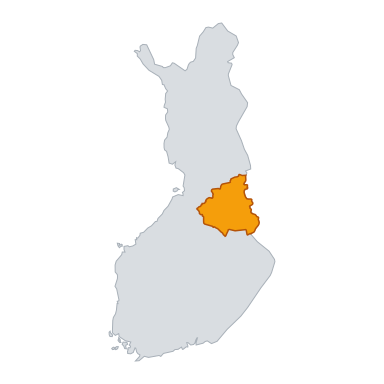 Finland, with Kainuu highlighted
{"feature_id": "FIN-3179", "entity_name": "Kainuu", "entity_type": "Province", "adm_level": 1, "iso_a3": "FIN", "parent_name": "Finland", "parent_adm1": "", "projection": "albers", "projection_center": [28.501, 64.601], "detail": "fine", "context": "in_parent", "style": "filled", "palette": "amber", "viewbox_px": 384, "rotation_deg": 0, "n_neighbors": 0, "source": "natural_earth", "source_scale": "10m", "svg_char_len": 6571}
<svg xmlns="http://www.w3.org/2000/svg" viewBox="0 0 384 384"><path d="M169.1,163.1L168.1,156.9L166.6,151.4L164.6,149.9L164.1,147.7L164.0,143.5L164.6,140.1L167.1,137.1L167.8,132.8L169.3,129.4L168.8,127.1L165.8,120.5L165.5,118.5L165.6,115.0L167.7,112.0L167.4,108.8L164.0,107.3L164.3,105.3L165.5,102.2L165.2,99.4L165.7,93.5L167.6,91.0L165.7,88.7L164.0,84.8L162.4,84.5L161.7,80.3L159.0,76.4L149.0,70.3L143.1,64.0L140.2,59.0L137.3,56.1L137.3,53.6L134.3,51.3L135.1,50.3L137.6,50.6L139.6,51.8L140.5,50.6L140.0,47.0L140.3,46.1L142.9,44.4L146.7,44.8L153.7,59.6L154.6,64.2L162.5,66.5L163.3,67.6L165.5,67.6L170.4,65.8L172.4,62.8L174.1,63.2L185.1,70.8L187.0,69.3L188.3,65.2L189.3,63.4L190.7,62.1L193.3,61.4L195.6,58.0L196.2,48.3L197.3,45.6L199.6,36.1L203.2,31.9L205.9,27.6L208.4,27.1L212.8,28.1L218.3,23.6L221.7,23.0L227.7,31.0L236.2,36.0L238.5,42.6L237.4,45.3L232.8,52.5L232.7,54.5L234.3,57.7L227.6,61.6L228.1,62.7L231.6,63.2L232.1,64.6L228.4,73.9L228.3,75.5L231.0,85.5L239.3,89.7L241.6,94.1L247.6,102.7L247.1,106.7L238.4,121.9L236.4,126.1L236.1,128.8L241.5,140.8L244.4,149.3L247.7,155.4L250.5,165.5L250.7,169.0L245.5,171.0L246.9,172.9L245.7,176.1L245.6,180.7L244.2,183.6L244.5,184.5L247.1,185.1L247.3,187.1L247.1,188.3L244.5,190.6L244.3,193.0L245.8,197.1L247.0,198.5L251.1,199.7L251.7,200.8L251.9,203.7L250.0,206.6L250.1,207.8L252.0,213.0L257.6,217.2L258.3,220.4L258.3,222.5L258.0,224.4L253.9,231.8L250.8,234.2L257.3,241.7L269.1,251.2L274.5,259.4L274.9,261.7L271.6,272.5L270.2,275.5L261.0,287.7L247.7,307.4L240.8,316.2L227.2,329.3L217.1,341.3L211.5,343.6L207.3,340.9L205.2,341.5L203.1,343.2L196.1,345.0L196.0,343.0L197.5,337.8L196.9,337.9L195.7,340.3L194.9,343.1L193.6,344.5L190.7,345.0L188.0,342.6L186.7,342.6L187.9,346.0L187.8,347.0L186.3,346.8L183.1,349.3L182.4,349.3L181.5,347.1L178.1,349.3L174.9,349.6L173.0,351.3L163.5,353.4L160.8,356.4L159.1,355.5L148.5,357.4L144.3,356.3L139.1,360.7L135.4,361.0L139.6,356.4L139.9,354.8L138.0,353.8L136.7,352.0L135.7,348.1L135.0,347.9L133.3,352.4L130.7,353.8L127.7,353.5L127.5,351.4L128.2,349.6L127.7,349.2L128.3,347.7L129.9,347.8L130.4,347.0L130.5,346.1L129.3,345.2L130.8,342.0L125.5,340.8L119.2,336.6L118.7,333.6L115.3,335.4L112.6,332.9L112.4,331.5L112.8,320.4L113.4,317.4L115.5,313.9L116.4,310.3L117.1,303.5L118.0,303.6L117.2,301.3L118.7,300.9L119.0,300.1L116.7,289.0L115.0,286.3L117.4,278.7L117.5,276.9L117.4,274.7L115.2,272.0L115.1,265.0L116.2,261.2L121.7,254.7L122.3,252.0L125.0,252.1L124.0,249.5L124.0,246.4L127.9,245.7L129.3,246.8L132.7,246.0L135.9,244.1L135.2,239.7L136.8,239.7L136.4,238.7L136.6,237.6L137.7,238.2L139.9,235.4L140.2,233.2L143.6,232.3L147.8,228.0L151.5,225.8L155.4,221.5L157.0,221.4L158.0,218.4L162.3,214.0L164.0,210.4L168.0,206.3L172.0,199.1L172.6,197.0L178.2,194.6L183.1,195.6L183.0,193.7L182.4,192.5L184.5,190.7L184.2,187.7L183.1,186.1L184.9,175.0L183.6,172.7L178.2,168.6L176.0,168.1L174.9,165.1L175.7,161.7L172.5,164.2L169.1,163.1ZM123.1,342.1L126.9,342.4L127.7,344.3L125.9,345.2L125.7,346.6L126.4,348.8L124.7,348.6L123.8,346.1L122.1,344.3L123.1,342.1ZM177.1,190.9L174.9,191.9L173.2,191.1L173.3,189.0L176.4,187.7L179.3,189.4L177.7,189.8L177.1,190.9ZM119.6,243.5L119.3,245.3L121.5,244.2L122.3,244.8L122.0,246.4L121.3,246.0L119.4,247.7L118.0,245.9L117.3,243.2L119.6,243.5ZM112.6,335.1L112.2,336.6L110.0,336.5L109.2,334.8L109.1,332.2L110.1,331.2L110.4,332.6L112.6,335.1ZM120.9,342.5L119.7,342.5L118.2,340.7L118.0,340.0L118.7,339.7L118.6,337.8L119.8,338.9L120.4,340.2L119.7,340.4L120.9,342.5ZM117.6,348.7L115.8,349.7L115.2,349.3L115.5,347.4L116.6,346.6L118.3,346.7L117.6,348.7ZM114.0,349.4L112.5,349.6L111.7,348.5L113.3,347.2L114.3,347.4L114.5,348.4L114.0,349.4Z" fill="#d9dde1" stroke="#a8b0b8" stroke-width="1"/><path d="M245.8,175.3L245.7,175.5L245.6,176.7L245.8,179.7L245.7,180.9L244.3,182.9L243.8,184.1L244.5,184.8L246.4,184.7L247.4,185.0L247.5,186.3L247.4,186.6L247.2,186.8L247.1,187.1L247.1,187.4L247.3,187.7L247.5,187.7L247.7,187.8L247.6,188.3L247.3,188.8L245.1,189.3L244.6,189.9L244.2,190.8L244.1,192.3L244.8,195.1L245.7,197.3L246.9,198.8L248.3,199.1L251.0,199.0L251.5,199.3L251.8,199.6L251.8,199.8L251.7,200.0L251.7,200.4L251.7,200.8L251.6,201.0L251.8,201.5L252.0,201.8L252.6,202.4L252.8,203.1L252.8,203.7L252.5,204.3L252.1,204.7L249.7,206.0L249.6,206.3L249.8,206.5L249.8,207.1L249.9,207.4L250.0,207.7L250.0,207.8L250.0,208.0L250.1,208.4L250.8,208.8L251.3,209.5L251.2,210.3L250.9,211.1L250.8,212.0L251.1,212.6L251.7,213.2L252.8,213.8L255.1,214.5L255.8,215.1L256.2,215.7L256.6,216.3L257.0,216.7L257.8,216.9L258.3,217.2L258.6,217.7L258.5,218.4L258.3,219.1L258.3,219.6L258.5,220.2L258.8,220.8L259.2,222.2L259.1,223.3L258.8,224.3L258.2,225.4L255.6,228.6L254.7,230.9L253.8,232.2L251.6,233.2L250.9,233.8L250.8,233.7L250.6,233.6L249.8,233.7L247.7,234.9L247.4,234.9L247.1,234.6L247.0,234.3L246.2,230.1L245.9,229.8L245.7,229.6L235.1,230.8L229.7,229.5L229.0,229.5L228.2,229.9L228.2,230.0L228.1,230.5L228.0,230.8L227.8,231.4L226.6,233.8L226.4,234.4L226.1,235.1L225.8,235.7L225.5,236.1L225.1,236.3L224.9,236.0L224.6,235.6L223.5,234.8L222.5,233.0L222.0,232.6L221.4,232.3L217.6,228.6L216.1,228.0L214.7,227.0L214.3,226.9L213.9,226.9L214.0,227.0L213.8,227.2L213.4,227.3L213.2,227.3L213.1,227.2L212.7,226.6L212.4,226.3L204.8,224.1L203.9,223.3L203.7,222.6L203.6,221.2L203.6,217.0L203.4,216.4L202.9,216.3L202.6,216.1L202.4,216.0L202.3,215.8L202.4,214.9L202.3,214.6L202.0,214.6L201.0,214.6L200.5,214.5L200.2,214.2L199.5,213.5L199.4,213.3L199.4,212.6L199.3,211.9L198.6,210.7L197.2,209.3L196.9,208.9L197.2,208.7L197.3,208.5L197.4,208.2L197.3,208.3L197.3,208.2L197.7,208.0L197.9,207.9L199.0,206.8L199.4,206.6L200.5,206.4L200.6,206.2L200.7,205.9L200.8,205.8L201.1,205.4L201.2,204.9L201.4,204.7L201.8,204.7L202.1,204.3L202.2,204.1L202.1,203.8L202.1,203.5L203.9,203.4L204.5,203.2L205.4,202.1L205.6,201.9L205.9,201.6L205.9,201.4L206.0,200.9L205.8,200.8L205.7,200.8L206.0,200.1L206.3,199.6L207.2,198.7L209.0,197.7L209.9,197.7L211.6,198.2L212.1,198.2L212.5,198.0L212.7,197.6L212.5,197.4L212.9,197.1L212.9,196.8L212.9,196.4L212.8,196.1L212.9,195.3L213.1,194.8L213.1,194.6L213.2,194.3L212.9,194.0L212.8,193.9L213.0,193.6L212.8,193.2L212.2,192.2L211.5,191.4L211.5,190.3L211.9,189.6L212.7,189.1L218.3,188.5L219.6,189.0L220.0,189.0L220.3,188.5L220.5,187.8L220.6,187.0L220.8,186.2L221.4,185.0L222.0,184.3L222.7,184.0L229.4,182.6L230.3,182.2L230.2,181.6L229.7,181.4L229.8,181.4L230.0,181.2L230.3,180.7L230.8,179.9L230.9,179.6L230.8,179.3L230.8,179.2L231.2,178.8L234.9,177.1L237.2,176.8L238.4,176.2L239.0,174.6L239.5,174.5L240.5,174.8L241.5,175.3L242.4,175.5L245.8,175.3L245.8,175.3Z" fill="#f59e0b" stroke="#b45309" stroke-width="1.5"/></svg>